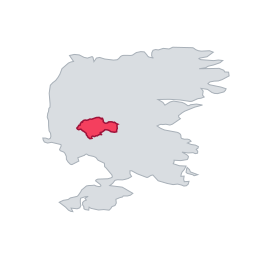 Westmeath highlighted on a map of Ireland, rotated 194°
{"feature_id": "IRL-717", "entity_name": "Westmeath", "entity_type": "County", "adm_level": 1, "iso_a3": "IRL", "parent_name": "Ireland", "parent_adm1": "", "projection": "equal_earth", "projection_center": [-7.391, 53.56], "detail": "fine", "context": "in_parent", "style": "filled", "palette": "rose", "viewbox_px": 256, "rotation_deg": 194, "n_neighbors": 0, "source": "natural_earth", "source_scale": "10m", "svg_char_len": 6113}
<svg xmlns="http://www.w3.org/2000/svg" viewBox="0 0 256 256"><g transform="rotate(194 128 128)"><path d="M167.0,46.2L160.9,49.3L160.0,50.5L158.3,55.1L158.1,56.5L154.3,61.7L152.1,62.7L148.9,63.6L147.0,64.4L144.7,64.0L141.8,64.1L140.4,65.0L140.4,65.7L141.3,66.5L146.7,68.9L146.4,69.9L144.9,71.1L135.2,73.9L132.3,75.6L131.3,76.7L132.3,78.6L140.0,84.2L141.3,84.8L142.4,88.1L149.3,89.5L152.0,91.6L154.4,92.1L159.7,91.9L161.8,92.7L163.0,92.1L163.6,91.0L169.5,87.0L167.7,84.0L173.6,78.9L175.2,78.9L177.9,80.5L180.2,82.7L181.0,85.6L183.1,88.2L184.5,89.1L188.3,89.6L189.2,90.6L188.5,94.4L189.1,95.7L198.7,95.6L202.5,93.9L205.8,94.2L207.4,95.9L208.2,97.7L205.3,98.3L202.4,98.0L200.9,99.1L200.8,101.3L201.9,104.2L203.9,106.2L205.5,110.8L206.9,115.9L209.0,119.0L209.4,122.8L209.1,124.7L209.5,128.0L208.7,129.2L209.4,132.4L212.9,142.7L213.7,150.7L212.0,153.7L209.7,156.6L208.2,160.0L207.1,163.7L206.4,169.6L201.5,176.6L199.3,178.3L196.9,179.4L202.3,184.2L197.9,186.4L193.0,187.1L187.7,185.9L184.3,186.0L180.1,188.6L179.1,188.1L177.1,184.1L175.6,188.2L172.6,189.6L167.3,189.3L158.4,190.4L155.0,191.6L153.6,193.4L152.5,195.6L151.2,196.8L149.6,197.5L142.8,199.1L141.4,199.7L138.2,203.2L134.1,205.2L130.6,205.8L127.6,203.7L126.3,202.5L124.9,201.9L120.2,202.0L121.7,202.6L122.6,204.1L123.1,206.8L122.5,209.5L120.2,210.8L117.4,211.1L113.0,213.8L107.3,214.6L104.1,217.2L84.9,221.5L83.9,221.5L81.2,220.4L78.4,220.0L75.5,220.3L67.5,222.7L63.6,222.2L68.6,216.2L75.3,213.2L76.0,212.4L73.9,211.9L61.2,214.1L56.8,215.8L52.4,216.4L54.5,213.6L60.2,209.9L65.1,207.4L67.3,205.2L73.3,202.7L54.0,207.9L49.0,207.2L47.8,205.8L43.9,206.5L42.5,203.0L48.4,197.7L51.8,195.5L55.8,194.3L59.7,192.5L61.2,190.4L59.4,189.7L47.8,190.2L42.3,189.8L42.6,188.1L43.7,186.2L49.5,183.0L52.6,182.5L55.3,182.8L60.2,184.7L66.7,184.1L64.0,182.0L63.6,177.9L61.6,176.5L64.3,174.6L67.3,173.4L72.4,169.4L74.3,168.8L84.3,167.8L95.1,165.8L105.8,162.9L100.3,161.3L97.7,159.1L93.5,163.4L90.4,165.1L81.8,165.9L79.1,165.5L75.3,164.1L74.1,164.6L73.0,165.7L67.3,167.8L61.3,168.3L68.3,164.4L77.2,157.9L79.2,155.8L82.0,152.2L81.2,150.6L79.4,149.7L85.9,142.4L88.1,141.0L92.2,140.8L95.2,139.7L96.5,139.6L97.7,139.2L100.3,137.0L96.3,135.6L92.2,134.9L79.3,135.7L77.6,135.5L76.0,134.8L75.0,133.8L74.2,131.4L73.3,130.8L70.4,130.8L67.5,131.6L65.5,131.5L63.6,130.4L66.7,127.8L62.7,127.3L58.6,127.7L55.2,127.0L55.2,125.4L56.7,123.8L54.7,122.3L54.4,120.4L56.5,119.4L58.9,119.8L63.7,118.3L69.8,117.7L64.6,116.3L62.5,115.1L62.4,113.3L62.9,111.7L69.0,109.1L75.5,107.9L75.1,106.2L75.5,104.3L69.0,103.8L62.5,105.1L63.3,101.5L64.9,98.3L65.2,96.2L65.0,93.9L61.9,94.9L61.6,91.7L60.4,89.5L55.9,91.0L56.0,88.1L57.4,86.1L59.7,85.2L62.0,85.6L66.3,85.6L70.5,84.0L76.5,83.7L86.0,84.1L92.5,88.4L94.2,87.6L96.9,84.9L98.1,84.6L108.0,85.8L114.1,87.4L115.8,86.9L114.9,83.9L112.8,81.8L115.5,79.1L118.7,77.3L120.9,76.3L125.8,75.2L128.0,74.1L129.5,70.6L131.8,67.7L119.3,69.2L107.5,65.8L109.4,63.4L111.9,62.0L116.2,60.9L116.7,59.7L118.9,58.6L122.5,55.9L121.2,52.3L121.9,49.6L124.5,47.9L125.3,45.5L126.5,43.7L131.8,43.0L136.8,41.3L144.6,41.1L146.6,41.8L146.2,38.8L149.8,38.5L151.2,39.0L151.9,41.1L153.5,42.5L154.0,44.8L152.9,46.6L151.0,48.0L152.8,49.4L150.1,52.0L153.0,50.9L157.0,48.4L156.8,46.3L156.1,43.7L155.0,41.4L155.5,38.9L157.8,37.3L163.8,36.5L161.3,33.5L163.5,33.3L165.9,33.9L169.4,36.1L176.8,39.3L173.2,42.2L168.8,44.1L167.0,46.2ZM61.2,102.7L61.1,104.1L58.2,102.4L56.9,100.5L49.0,99.6L52.3,97.7L53.9,98.3L59.5,98.3L61.0,99.1L61.2,102.7Z" fill="#d9dde1" stroke="#a8b0b8" stroke-width="1"/><path d="M162.4,108.4L164.4,109.3L165.0,109.7L165.2,110.0L165.9,110.8L166.5,111.1L166.8,111.4L166.9,111.6L167.0,111.8L167.0,112.0L167.0,112.4L167.1,112.6L167.3,112.7L169.3,113.7L170.3,114.1L170.6,114.2L170.9,114.2L171.3,114.3L171.8,114.5L172.7,115.1L173.2,115.4L173.5,115.5L174.1,115.1L174.3,115.0L174.8,114.8L175.1,114.6L175.3,114.5L175.5,114.4L176.0,114.5L176.5,114.6L177.2,115.0L177.5,115.3L177.6,115.5L177.5,115.9L177.5,116.0L177.4,116.2L177.1,116.4L177.0,116.6L176.9,116.7L176.8,116.9L176.8,117.3L176.7,117.7L176.5,118.0L176.4,118.2L176.4,118.4L176.4,118.6L176.3,118.8L176.1,118.9L175.6,119.0L175.4,119.0L175.2,119.1L175.1,119.5L175.1,119.8L175.3,120.3L175.3,120.6L175.3,120.8L175.0,121.3L174.9,121.7L174.8,122.0L174.7,122.4L174.6,122.6L174.3,122.7L174.2,122.7L173.8,122.6L173.6,122.6L173.5,122.8L173.6,123.4L173.5,123.6L173.5,123.8L173.4,123.9L173.3,124.1L173.2,124.3L173.0,124.5L172.8,124.7L171.8,125.2L171.4,125.4L170.9,125.4L170.4,125.4L170.2,125.4L170.0,125.5L169.9,125.6L169.7,125.7L169.1,125.9L168.8,126.1L168.5,126.3L167.5,127.2L167.0,127.5L165.5,127.7L165.2,127.8L165.0,128.0L161.2,130.5L158.9,131.2L158.4,131.3L158.0,131.2L157.7,131.0L157.6,130.9L157.0,130.9L156.8,130.8L156.5,130.5L156.2,130.5L155.8,130.4L155.6,130.5L155.5,130.9L155.5,131.2L155.3,131.2L155.1,131.2L154.9,130.9L154.5,130.3L154.0,129.6L153.9,129.4L153.6,128.6L153.6,128.2L153.3,127.9L152.7,127.7L152.0,127.3L151.5,127.2L151.1,127.2L150.7,127.2L149.5,127.8L148.9,128.3L148.6,128.5L148.5,128.9L148.5,129.1L148.1,129.3L146.1,129.9L144.9,130.1L143.4,129.9L143.0,129.9L142.8,130.0L142.6,130.3L142.4,130.3L142.2,130.2L141.6,130.0L141.2,129.8L141.1,129.7L140.9,129.6L140.6,129.5L138.8,129.2L139.3,128.8L139.3,127.7L138.3,124.9L138.3,124.6L138.5,124.0L138.5,123.3L138.1,121.6L139.7,120.8L140.4,120.6L143.3,120.3L143.8,120.3L144.1,120.4L144.3,120.5L144.6,120.7L146.0,121.1L147.7,121.2L149.3,120.9L149.9,120.8L150.2,120.6L150.2,120.2L150.3,120.0L150.3,119.9L150.9,119.4L151.0,119.2L151.3,118.7L151.8,118.3L152.0,118.1L152.1,117.9L152.3,117.7L152.7,117.4L153.4,117.2L153.7,117.0L153.8,116.8L153.8,116.4L153.6,116.2L152.3,115.5L152.2,115.4L152.1,115.2L152.4,115.0L152.6,115.0L152.8,115.1L153.2,115.2L153.4,115.3L153.6,115.2L153.9,114.8L154.9,114.2L155.0,114.1L155.4,113.5L155.8,113.1L156.0,112.9L157.0,112.8L157.2,112.7L157.4,112.6L157.7,112.2L158.0,111.9L158.2,111.7L158.4,111.6L158.6,111.5L158.8,111.5L159.1,111.5L159.7,111.6L160.2,111.6L160.5,111.5L160.7,111.4L160.8,111.3L160.9,111.2L161.0,111.0L161.0,110.8L161.1,110.4L161.1,110.2L160.9,109.7L160.7,109.4L160.5,109.2L162.4,108.4Z" fill="#f43f5e" stroke="#9f1239" stroke-width="1.5"/></g></svg>